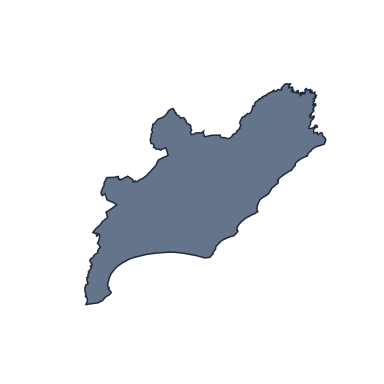 outline of Moñitos, Córdoba, Colombia, rotated 217°
{"feature_id": "7082276B84273930819596", "entity_name": "Moñitos", "entity_type": "district", "adm_level": 2, "iso_a3": "COL", "parent_name": "Colombia", "parent_adm1": "Córdoba", "projection": "equal_earth", "projection_center": [-76.121, 9.199], "detail": "fine", "context": "isolated", "style": "filled", "palette": "slate", "viewbox_px": 384, "rotation_deg": 217, "n_neighbors": 0, "source": "geoboundaries", "source_scale": "gbopen_adm2", "svg_char_len": 6071}
<svg xmlns="http://www.w3.org/2000/svg" viewBox="0 0 384 384"><g transform="rotate(217 192 192)"><path d="M236.8,192.1L237.4,186.0L237.5,182.5L237.9,181.8L238.2,177.7L239.5,173.3L240.7,171.2L242.2,167.4L243.2,166.0L243.9,166.7L245.2,164.7L246.3,166.0L247.2,166.3L252.9,165.9L256.5,158.5L256.9,158.9L257.7,159.0L257.7,158.4L258.8,158.1L260.1,160.1L261.7,158.7L262.7,156.9L264.2,156.0L268.7,152.2L267.6,146.2L265.9,144.0L265.9,141.9L264.4,136.9L264.0,136.4L262.5,135.4L261.4,135.2L260.5,138.1L258.1,136.7L255.0,134.6L247.5,136.4L244.5,136.3L246.0,130.8L248.5,124.1L244.1,121.0L245.8,114.1L245.6,110.5L246.7,104.9L246.8,100.0L243.7,100.8L243.6,101.3L242.9,101.7L241.7,102.0L242.2,99.7L241.5,99.4L240.8,102.1L239.7,102.1L236.9,96.7L236.7,94.2L234.3,93.7L232.6,92.8L232.1,93.0L232.0,92.8L231.9,92.1L232.4,90.8L231.8,89.0L232.0,88.2L230.8,87.4L230.7,87.1L232.1,83.3L232.1,81.9L231.6,80.8L232.5,78.1L232.5,75.9L231.3,75.1L228.2,74.1L227.8,73.8L228.7,71.8L227.8,71.1L226.7,71.0L226.7,65.7L225.4,65.2L225.3,63.1L224.0,62.0L224.3,61.1L224.1,61.1L224.6,60.2L221.9,57.6L219.9,56.2L220.4,54.8L221.0,54.0L220.5,53.3L219.9,51.1L217.7,48.3L214.9,46.1L214.5,45.6L214.6,44.9L214.4,44.5L214.0,44.4L213.5,44.7L212.7,44.1L211.7,44.1L211.0,43.4L209.8,41.6L209.0,38.3L200.0,47.3L199.4,49.2L198.2,51.1L197.7,57.0L196.3,59.5L196.0,61.9L195.9,62.8L196.3,63.3L197.2,63.7L198.8,63.8L199.1,64.1L200.0,64.1L200.3,64.7L200.6,64.7L200.3,65.4L200.7,65.8L201.9,65.8L203.1,66.5L203.8,67.5L206.3,73.5L207.4,77.9L207.4,83.5L207.1,86.1L206.5,89.0L205.0,93.3L202.2,99.6L200.8,102.1L199.5,104.1L191.0,114.5L184.8,120.8L174.3,130.0L170.4,132.9L162.5,137.7L150.7,143.6L141.9,147.2L138.8,150.2L138.2,151.0L138.4,153.0L138.0,155.5L138.7,155.8L138.9,156.5L138.7,160.5L139.6,161.8L140.1,163.2L139.6,167.6L139.3,168.4L139.5,168.6L139.5,169.0L138.8,171.6L137.0,175.3L134.6,179.2L132.4,182.0L131.8,184.9L131.8,188.5L133.2,188.8L133.7,189.4L134.3,190.4L134.9,192.0L135.0,194.2L134.7,198.1L133.7,202.0L133.9,202.2L130.6,209.5L128.8,212.4L128.2,214.4L127.6,215.5L127.7,216.0L128.8,216.4L130.5,218.3L131.9,221.4L132.9,225.0L133.0,227.0L132.6,229.0L129.8,236.2L130.2,241.3L130.6,242.3L130.3,244.5L129.6,246.4L129.5,248.1L128.8,249.9L128.7,250.7L129.2,252.2L129.8,252.4L130.1,253.3L130.7,253.2L130.8,253.4L130.5,253.9L130.6,255.5L128.9,261.7L126.3,268.4L125.6,269.0L125.8,270.5L125.8,273.9L125.4,275.3L126.1,276.1L126.6,277.6L126.3,279.9L124.8,284.5L122.5,288.8L121.5,290.3L122.3,291.8L122.4,293.3L122.4,294.3L121.8,295.7L121.7,299.0L120.3,302.6L117.3,306.7L115.3,309.7L115.5,309.9L115.4,310.9L116.4,313.8L117.3,314.7L118.7,315.3L120.9,315.4L123.7,317.4L124.4,317.2L125.1,316.4L125.4,314.8L126.0,313.6L126.3,313.6L127.9,315.0L128.9,313.6L130.2,312.5L132.6,315.2L132.4,316.9L131.0,319.3L131.3,319.8L132.2,320.2L133.7,319.6L133.5,317.2L133.9,316.2L135.2,314.4L136.4,313.5L137.2,313.4L137.8,314.5L137.9,316.5L138.2,317.5L138.9,318.4L139.5,320.0L139.6,320.9L139.3,323.2L139.6,325.6L140.1,326.0L140.7,325.8L141.2,323.5L142.2,322.6L143.1,322.7L143.8,323.4L143.8,323.8L142.9,323.6L142.8,323.8L143.2,325.5L144.2,325.5L143.5,329.3L143.7,330.3L144.8,330.9L145.2,330.6L145.4,330.9L145.1,331.9L145.6,332.5L145.8,333.4L145.3,335.7L145.9,336.0L146.2,336.7L146.8,336.6L147.3,334.5L147.6,334.1L148.0,334.2L148.1,336.0L149.5,336.8L149.0,337.8L148.9,338.5L149.5,338.7L149.8,339.3L151.0,339.6L149.9,341.1L150.0,342.0L150.2,342.6L150.5,342.8L150.9,342.3L151.3,342.2L150.9,344.1L151.4,344.1L151.8,343.7L153.1,343.8L153.4,344.2L153.5,345.2L154.0,345.7L154.6,344.3L155.1,344.2L156.6,342.8L157.1,342.7L157.2,343.0L156.7,344.4L157.4,345.3L157.8,345.1L158.2,344.3L158.3,343.3L159.3,345.0L160.7,343.4L162.0,343.1L163.0,343.4L163.2,342.9L163.3,341.6L162.9,341.3L162.1,341.3L161.9,340.9L162.2,340.4L161.8,339.7L162.0,339.1L161.2,338.7L161.3,338.0L161.9,337.6L162.8,338.0L162.9,336.2L163.2,335.3L163.4,336.1L163.9,336.1L163.6,336.8L164.1,336.8L164.1,337.6L165.0,336.6L164.7,335.2L165.2,335.7L166.3,335.1L167.0,335.7L168.0,334.3L168.1,334.8L167.8,336.7L168.2,336.9L168.6,336.4L169.3,333.8L170.4,333.3L171.0,332.6L171.4,332.6L171.6,332.9L171.7,334.1L172.1,334.4L172.4,334.1L172.7,332.4L173.1,332.1L173.8,334.0L173.8,335.4L174.9,336.2L175.3,336.0L175.8,334.6L177.1,334.4L177.5,333.5L177.9,333.8L177.9,335.6L178.6,335.9L178.3,336.9L178.4,337.6L179.0,337.5L179.9,336.1L181.6,335.5L182.8,333.7L182.9,330.9L183.2,329.9L182.9,329.1L183.1,328.5L182.0,328.0L181.9,327.4L183.1,326.4L184.9,325.8L185.1,325.4L185.3,323.3L185.8,322.6L186.5,322.6L187.1,322.1L187.8,322.6L188.1,322.2L188.1,321.3L187.6,320.7L188.4,320.3L190.3,317.0L190.4,316.0L191.2,314.6L190.6,313.9L191.1,313.5L191.4,312.9L191.8,312.7L192.9,310.5L192.5,309.8L193.3,309.4L193.0,308.7L193.3,307.6L194.3,307.0L194.0,306.1L194.4,305.5L194.7,303.8L195.4,302.3L195.4,301.4L195.1,300.4L194.0,298.5L194.1,298.1L195.0,297.7L195.2,297.1L193.5,293.8L193.4,292.7L192.9,291.5L193.0,289.9L193.9,288.6L194.8,288.2L195.1,287.3L195.0,286.5L195.7,285.1L195.5,283.5L195.8,283.0L196.8,282.4L196.9,281.6L195.9,276.7L194.7,275.2L194.0,275.2L192.9,274.6L192.8,272.9L192.1,271.8L192.7,271.2L192.2,270.6L192.2,269.6L192.8,268.2L192.8,267.6L192.3,267.0L192.6,264.6L193.8,263.2L193.7,261.0L193.9,258.1L194.6,257.2L196.0,255.9L198.0,255.4L201.6,253.1L202.5,253.3L203.7,254.4L210.3,249.3L214.4,244.6L215.4,243.7L218.7,246.1L219.3,247.5L219.7,245.9L220.5,244.5L224.4,241.6L225.3,239.3L227.2,237.4L229.2,239.0L229.5,240.9L229.8,241.5L231.3,242.0L232.4,243.7L233.7,244.4L235.3,244.4L236.9,243.6L238.7,244.4L239.6,245.2L242.8,246.4L244.3,245.7L245.8,243.9L248.0,244.9L251.3,244.4L252.4,245.6L253.6,245.3L254.2,246.0L257.3,247.3L258.8,245.2L259.7,242.1L259.4,241.5L259.2,238.8L259.6,235.9L260.6,233.3L262.9,230.0L263.2,227.0L262.9,224.2L263.9,223.1L263.8,222.2L262.0,218.8L261.5,217.1L260.0,216.4L259.4,215.7L259.4,213.7L257.5,210.9L257.0,208.7L254.2,206.2L253.6,206.2L252.6,206.8L251.5,206.8L250.2,206.1L249.7,204.6L248.9,205.0L246.7,204.6L243.9,206.5L242.5,206.3L240.2,210.8L239.4,211.4L238.4,210.6L237.5,210.4L233.2,206.9L236.6,200.6L238.1,197.1L237.6,194.2L236.8,192.1Z" fill="#64748b" stroke="#1e293b" stroke-width="1.5"/></g></svg>